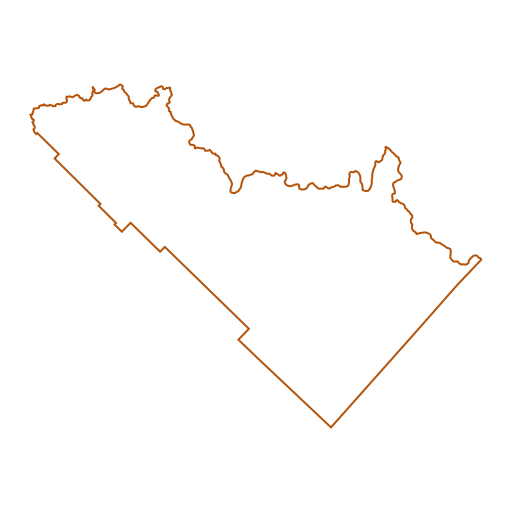 outline of General Belgrano, Buenos Aires, Argentina
{"feature_id": "61730980B33550812065578", "entity_name": "General Belgrano", "entity_type": "district", "adm_level": 2, "iso_a3": "ARG", "parent_name": "Argentina", "parent_adm1": "Buenos Aires", "projection": "natural_earth1", "projection_center": [-58.766, -35.854], "detail": "fine", "context": "isolated", "style": "outline", "palette": "amber", "viewbox_px": 512, "rotation_deg": 0, "n_neighbors": 0, "source": "geoboundaries", "source_scale": "gbopen_adm2", "svg_char_len": 5946}
<svg xmlns="http://www.w3.org/2000/svg" viewBox="0 0 512 512"><path d="M401.8,177.5L401.6,175.7L401.4,175.1L398.7,172.0L397.9,169.9L398.2,169.1L398.6,166.9L399.4,164.7L400.2,163.7L400.5,162.3L399.4,160.8L398.7,158.7L398.6,157.6L396.4,156.3L393.4,153.1L392.1,152.2L390.7,150.5L389.9,149.9L389.1,148.6L388.2,148.3L386.3,146.9L385.6,147.1L385.5,147.5L385.8,149.5L385.1,150.9L385.3,152.2L384.6,154.0L382.8,156.0L382.4,158.8L382.0,160.1L378.7,162.3L378.3,162.3L376.4,161.1L375.9,161.2L375.6,161.7L375.2,162.7L375.4,164.5L375.2,165.7L373.5,169.3L372.4,173.5L372.2,177.7L371.6,180.6L371.9,182.6L371.3,185.7L369.8,188.8L368.2,190.7L367.7,190.9L365.7,191.0L364.1,190.6L362.9,190.0L362.4,189.2L362.6,186.7L361.8,183.5L360.6,182.1L360.2,180.7L360.5,179.3L360.1,175.7L358.5,172.7L356.2,171.2L355.2,171.0L354.3,172.0L353.5,172.4L351.9,171.9L351.1,171.9L350.4,172.2L349.6,173.0L349.4,174.9L349.8,175.9L349.7,176.6L348.9,179.5L349.1,182.3L348.4,185.3L347.4,186.3L345.0,186.8L343.5,186.9L342.4,186.6L340.7,186.9L338.2,185.2L336.8,185.3L335.9,185.5L334.6,186.4L330.9,187.6L329.5,188.5L328.3,188.3L325.5,186.6L324.6,186.9L323.8,188.4L323.3,188.8L321.2,188.5L319.9,188.8L318.1,188.4L316.3,186.6L314.7,185.4L313.0,183.3L312.5,183.1L311.3,183.3L308.9,184.6L308.3,185.3L307.4,187.3L306.3,188.4L305.0,189.2L302.1,189.6L300.3,189.1L299.4,188.6L299.1,186.8L299.1,185.3L298.3,184.4L297.3,184.3L294.5,184.7L292.4,185.8L289.3,186.1L286.9,185.3L285.2,183.7L284.8,182.2L284.8,181.6L285.2,180.6L286.0,179.6L286.5,178.4L285.8,174.6L285.2,173.1L284.8,172.7L284.0,172.4L283.4,172.7L282.5,174.5L281.0,174.9L280.2,175.7L279.5,175.7L278.2,174.5L276.4,173.8L275.7,173.0L275.4,173.1L274.9,174.6L274.2,175.6L272.7,175.7L271.6,175.5L269.5,173.8L266.7,173.5L262.7,171.9L260.6,172.2L258.7,171.4L257.6,171.4L256.2,170.6L255.8,170.6L253.9,172.1L253.0,173.7L251.6,174.6L250.1,174.8L248.8,175.5L247.1,175.5L244.5,176.8L242.9,179.3L241.5,183.8L241.3,185.3L240.6,187.8L238.5,190.9L235.2,192.8L234.0,193.2L231.3,192.5L230.5,191.6L230.5,190.6L230.7,188.8L232.0,184.5L231.9,183.2L230.5,180.0L229.0,177.9L227.9,175.1L226.0,173.5L225.3,173.2L224.2,172.1L224.1,171.1L223.4,168.4L221.0,166.2L220.9,164.3L219.2,160.8L219.7,158.9L219.4,157.8L218.4,156.3L217.5,155.6L216.4,155.2L215.7,154.3L215.6,154.7L214.7,153.8L212.9,153.5L212.3,153.1L211.9,152.3L211.3,152.0L210.7,150.7L209.7,149.9L208.4,150.6L205.3,150.8L204.2,148.7L203.3,148.3L201.6,148.4L197.4,147.6L196.1,148.2L194.9,148.3L194.7,147.3L194.9,146.7L194.7,146.0L194.3,145.6L193.4,144.9L190.7,144.8L190.0,144.4L189.5,143.4L189.1,141.8L189.2,141.3L190.0,140.3L191.8,139.1L192.4,137.7L193.3,136.7L194.0,134.7L193.4,133.1L193.1,131.3L192.4,129.9L192.1,128.3L190.6,126.6L190.2,125.3L189.4,124.7L188.2,124.5L184.1,124.6L182.4,124.3L177.1,121.2L175.7,120.9L172.9,118.3L172.5,116.9L171.0,114.3L170.7,112.0L169.1,111.1L169.1,109.0L168.7,107.9L166.6,105.7L167.3,103.6L168.9,103.4L169.8,102.3L169.0,100.5L169.3,98.8L169.5,98.1L171.9,95.0L171.7,94.1L171.2,93.2L171.2,92.4L170.3,90.7L170.1,87.8L169.6,87.6L167.9,88.0L166.3,88.1L165.1,89.1L164.0,89.3L163.1,88.9L162.7,87.0L162.1,86.4L161.5,86.2L156.8,88.2L155.6,89.3L155.3,90.1L155.3,90.9L155.8,91.5L157.0,91.6L157.6,92.1L158.9,94.9L158.7,95.6L157.7,95.8L155.3,95.4L154.9,95.6L154.3,96.2L153.9,97.6L152.0,98.1L150.2,99.8L147.3,104.4L145.8,106.1L143.1,106.9L141.0,107.0L138.4,106.1L137.2,106.6L135.6,106.8L133.8,105.5L133.4,103.9L132.8,103.2L131.2,103.4L130.5,103.0L130.2,102.6L130.1,101.1L128.9,99.9L128.7,96.7L128.5,96.1L127.2,94.9L126.4,93.5L124.1,91.5L123.7,89.8L122.4,89.0L122.2,88.5L122.8,86.6L121.7,85.3L120.4,84.6L119.8,84.6L117.8,86.2L114.8,87.8L110.1,89.2L108.2,89.4L106.3,88.6L105.2,88.5L103.5,89.7L101.2,92.0L98.4,93.2L95.5,93.1L94.4,91.8L94.4,90.7L94.7,89.9L94.4,89.2L93.3,87.9L92.7,86.5L92.7,88.1L93.9,89.9L92.9,91.3L92.1,93.8L92.6,94.9L92.1,96.1L91.2,96.8L90.4,99.1L89.0,100.4L88.0,100.5L86.6,100.1L86.1,99.6L84.2,100.8L82.9,99.7L82.4,98.4L80.5,98.1L79.4,97.1L79.4,96.3L79.1,95.9L77.0,94.9L74.9,95.7L73.2,97.0L72.6,97.2L69.2,96.3L68.1,96.9L66.5,96.7L66.3,98.2L66.5,99.4L67.1,100.2L66.9,101.5L65.7,102.7L62.9,102.8L62.4,103.0L62.1,104.0L61.7,104.1L59.9,104.3L57.4,103.9L55.8,104.8L55.3,106.1L54.9,106.2L52.7,106.1L51.8,105.4L50.1,104.9L49.7,104.9L49.1,105.6L47.2,105.7L45.1,105.3L44.6,104.6L44.2,104.4L43.7,104.5L43.3,105.2L42.6,105.6L41.6,105.1L39.1,106.3L39.0,107.7L38.8,107.9L37.4,108.3L33.9,108.5L33.5,109.5L33.5,110.3L33.1,112.1L32.3,113.6L32.4,114.4L32.1,114.7L30.7,114.9L31.1,115.4L31.2,117.1L32.3,119.0L33.2,119.4L33.9,120.3L33.5,121.3L32.4,122.1L32.5,122.4L33.4,123.6L33.4,124.8L34.2,125.5L34.8,126.8L34.6,128.2L33.4,129.5L33.9,130.0L33.9,130.8L34.6,132.4L36.2,134.1L37.3,133.0L58.8,154.1L54.6,158.5L100.4,203.9L98.6,205.7L116.0,223.0L114.5,224.5L121.9,231.7L130.6,222.8L160.1,251.7L164.8,246.9L248.9,328.8L238.4,339.7L260.3,360.7L331.0,427.4L416.0,331.8L457.3,284.9L481.3,259.6L480.5,258.3L478.6,257.6L477.1,255.8L476.0,255.4L474.1,255.6L473.1,256.0L469.6,259.4L468.9,260.8L468.4,263.0L467.2,264.0L465.7,264.7L463.9,264.3L461.0,264.4L459.3,263.4L457.8,261.6L456.5,261.4L454.6,261.6L453.4,261.3L452.7,260.8L450.7,258.4L450.2,257.3L450.7,253.7L450.7,250.5L450.3,249.0L448.1,248.0L446.9,247.9L444.8,246.2L439.7,242.9L437.6,242.5L436.3,242.6L435.6,242.3L433.7,240.2L431.1,238.1L430.9,237.5L431.0,236.3L430.5,235.0L429.4,233.9L426.4,232.6L424.9,232.4L421.0,232.9L418.2,233.5L416.9,234.1L416.4,233.9L415.9,232.5L413.7,231.1L412.5,229.7L412.0,228.5L411.9,227.0L412.3,224.4L411.1,223.0L410.7,220.2L411.1,219.0L412.4,217.9L412.2,216.9L412.3,216.0L411.8,215.0L409.9,213.1L409.5,211.8L408.3,211.2L407.8,210.7L407.6,210.1L405.1,208.0L404.8,207.2L404.8,206.2L404.5,205.3L403.2,203.9L401.3,203.4L399.6,202.4L397.2,200.1L396.1,200.6L395.4,201.8L393.4,201.8L392.9,201.6L392.5,200.7L392.5,197.9L392.1,196.4L392.4,194.4L393.3,193.7L394.6,193.6L395.0,193.0L394.7,190.5L393.0,185.5L393.1,184.3L393.5,182.9L397.6,180.4L400.6,179.3L401.4,178.5L401.8,177.5Z" fill="none" stroke="#b45309" stroke-width="2"/></svg>